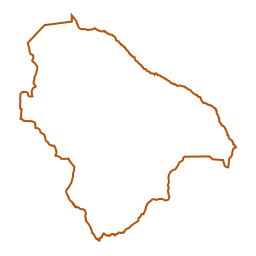 Dormaa East, Brong Ahafo, Ghana
{"feature_id": "2480657B16380673722667", "entity_name": "Dormaa East", "entity_type": "district", "adm_level": 2, "iso_a3": "GHA", "parent_name": "Ghana", "parent_adm1": "Brong Ahafo", "projection": "equal_earth", "projection_center": [-2.665, 7.264], "detail": "fine", "context": "isolated", "style": "outline", "palette": "amber", "viewbox_px": 256, "rotation_deg": 0, "n_neighbors": 0, "source": "geoboundaries", "source_scale": "gbopen_adm2", "svg_char_len": 5743}
<svg xmlns="http://www.w3.org/2000/svg" viewBox="0 0 256 256"><path d="M236.0,147.4L235.0,145.5L234.4,144.8L233.5,144.6L233.6,143.9L233.3,143.8L233.3,143.4L232.7,141.9L232.4,141.8L232.5,141.3L232.1,140.7L231.5,140.1L229.6,139.1L229.3,138.6L228.9,138.3L228.3,135.3L227.9,135.0L227.4,135.0L227.2,134.4L227.3,133.3L226.5,131.6L226.3,130.1L225.0,128.4L225.0,128.0L224.4,127.0L223.4,126.0L222.4,125.8L221.8,125.0L221.3,124.8L221.0,123.7L220.0,122.6L219.3,121.2L219.1,118.0L218.5,117.1L218.0,115.2L216.9,113.8L216.5,112.0L216.7,111.1L216.2,110.3L215.8,110.2L215.8,109.1L215.6,108.7L215.2,108.7L215.0,108.2L214.6,108.2L214.0,107.8L212.9,106.8L212.6,106.3L211.5,106.1L211.0,105.5L209.7,105.0L208.3,104.9L208.1,104.5L206.7,103.9L205.3,102.9L204.4,102.7L203.4,103.1L201.5,100.5L200.7,98.3L200.7,97.4L200.5,97.2L198.3,96.8L198.0,96.2L197.7,96.2L197.3,95.2L196.5,95.1L196.3,94.6L195.6,94.7L194.2,94.0L193.0,92.7L192.6,92.7L190.5,90.2L187.4,88.9L186.5,87.8L185.5,87.6L185.1,86.8L180.5,85.7L179.2,85.5L177.6,86.0L176.5,85.3L176.2,84.9L175.8,84.9L175.0,84.2L174.6,84.0L173.8,84.3L173.2,84.0L172.9,83.4L171.2,83.2L169.4,81.2L167.0,80.1L166.3,79.1L165.4,79.0L164.9,78.4L164.4,78.4L164.0,77.9L163.5,77.9L163.2,77.5L161.4,76.5L161.1,76.6L160.4,75.6L159.7,75.6L159.1,75.1L157.7,75.2L157.2,74.1L155.6,73.3L154.5,74.7L154.2,74.1L152.6,73.4L150.6,73.3L150.2,73.0L149.9,72.2L149.3,72.0L149.2,71.7L146.9,70.9L145.6,68.9L144.5,69.1L143.2,68.2L143.1,67.5L142.8,67.4L142.6,67.1L142.3,67.0L142.1,66.2L141.2,65.8L140.7,64.6L140.2,64.6L138.4,63.1L137.8,61.8L135.7,60.7L134.7,58.4L134.8,57.9L134.4,57.1L133.7,57.1L133.0,56.5L132.4,56.7L132.2,56.1L131.6,55.7L131.2,55.0L130.5,54.9L129.6,53.4L129.0,53.3L128.7,52.2L127.8,50.9L127.4,50.8L126.4,49.6L125.9,48.8L125.5,48.7L125.0,47.8L124.8,47.0L124.0,46.9L123.8,46.5L123.3,46.4L123.0,45.6L121.9,44.9L121.2,44.9L121.1,44.2L120.4,43.9L120.0,43.2L119.3,42.7L118.7,41.5L116.4,40.6L116.1,40.0L115.8,38.5L114.2,36.2L112.7,35.6L112.1,34.9L109.8,34.5L108.9,33.8L107.4,33.7L106.9,33.2L106.4,32.2L104.7,31.7L104.4,31.0L104.2,30.8L103.0,31.4L101.7,31.5L100.6,31.2L100.0,30.8L98.6,30.7L94.5,28.1L93.9,28.7L92.4,29.4L87.5,30.0L84.9,29.0L84.0,29.2L82.5,29.1L80.8,29.0L79.7,28.5L78.8,27.5L76.8,23.2L76.6,21.7L76.4,21.2L71.8,15.4L71.9,21.6L44.6,25.1L27.7,43.0L28.4,45.2L29.5,49.6L29.6,51.9L30.3,53.4L30.6,54.3L31.6,54.4L32.2,54.7L32.6,54.9L33.2,56.0L33.4,57.8L32.9,59.3L32.1,60.6L32.7,61.5L33.7,62.1L35.4,63.9L36.9,66.2L37.2,67.0L37.3,68.8L36.5,71.7L36.2,73.6L34.4,77.1L34.3,77.9L34.5,79.2L33.6,81.6L33.6,82.3L33.8,83.8L34.9,84.9L35.8,86.6L33.4,87.8L32.2,89.5L31.7,91.6L31.9,94.1L32.4,96.3L29.9,96.5L29.0,96.2L28.2,95.4L27.9,93.5L27.4,92.5L25.7,91.9L22.1,92.1L21.9,92.2L21.7,92.8L21.2,93.2L20.4,94.3L20.3,94.8L20.4,96.3L20.2,98.0L20.3,98.3L20.1,98.9L20.4,100.2L20.4,101.8L20.1,102.4L20.2,105.6L20.0,107.1L20.5,108.9L21.3,108.9L21.7,109.7L21.3,111.1L21.2,113.7L21.0,115.1L21.2,116.0L20.7,117.4L20.5,118.8L22.0,119.2L23.4,120.6L27.8,121.2L31.4,121.1L32.8,121.6L35.0,122.8L35.5,127.9L37.5,128.2L38.8,128.8L40.1,130.4L40.3,131.7L41.0,132.7L42.0,133.2L42.5,133.8L43.9,134.1L45.4,138.2L45.4,139.2L45.7,140.3L46.3,141.3L47.0,141.5L47.8,142.1L48.3,143.2L49.3,144.6L51.2,145.2L51.9,145.9L54.1,145.6L55.1,147.5L56.1,150.4L56.5,152.4L56.4,153.1L55.4,155.5L55.6,155.8L56.2,155.7L58.9,156.6L60.6,157.8L61.3,158.9L67.6,158.8L68.3,158.5L68.7,158.9L69.0,159.9L69.9,161.0L70.5,162.4L72.1,163.8L72.7,165.1L74.3,166.5L73.9,171.3L73.0,173.8L72.9,174.6L73.1,175.6L72.9,176.9L71.5,182.3L69.1,186.8L67.9,188.5L67.1,188.9L66.6,189.6L66.3,190.8L66.4,192.8L67.6,195.5L68.6,197.0L68.7,198.3L69.6,199.8L70.9,201.3L71.9,201.8L72.6,202.8L72.5,203.6L72.9,204.1L73.6,203.9L74.0,204.4L74.1,205.2L75.1,205.7L74.9,206.7L75.1,207.1L76.1,207.3L77.1,206.9L77.3,207.4L78.7,207.4L80.1,208.9L82.2,209.3L83.0,209.2L84.9,210.4L85.6,211.9L85.7,212.5L85.5,213.1L85.9,213.9L85.7,214.7L85.3,215.5L85.3,215.8L85.2,217.2L86.0,218.6L86.0,219.7L85.7,220.6L86.8,221.9L87.1,222.0L87.7,223.1L88.1,223.3L90.6,227.5L90.7,228.2L91.0,228.6L91.1,229.1L91.9,231.2L91.8,231.9L92.2,233.0L92.5,233.0L92.6,233.5L93.2,233.6L94.0,234.5L94.7,236.3L95.0,236.5L96.2,238.8L96.7,239.0L97.5,238.7L98.1,239.8L98.6,239.9L99.0,240.6L99.6,240.6L99.5,239.6L99.9,238.3L100.5,238.0L100.7,237.6L101.5,237.6L101.6,236.8L101.9,236.7L102.4,235.4L102.9,234.9L102.8,234.3L103.1,234.0L103.6,233.8L103.8,233.9L104.0,233.5L105.6,235.0L107.0,235.4L107.3,235.2L108.3,235.9L109.0,236.1L110.0,235.2L110.7,235.1L111.1,234.3L111.7,234.0L113.3,234.0L113.7,234.3L114.4,235.4L114.9,235.5L115.4,234.3L117.3,234.1L117.6,233.5L119.0,232.4L120.6,233.0L121.6,233.0L122.2,232.4L122.8,232.3L123.0,232.7L123.8,232.7L124.4,231.4L125.5,229.6L128.1,228.2L129.1,228.1L130.8,226.0L132.0,225.0L132.9,224.6L134.0,223.6L135.5,222.6L136.5,222.3L137.0,221.9L137.4,221.2L138.3,220.6L138.5,220.3L138.5,218.2L138.7,217.8L139.3,217.7L139.7,217.2L140.3,216.8L141.3,214.6L141.8,214.3L142.0,213.9L143.3,214.2L143.7,213.9L144.1,212.3L145.1,211.0L145.3,209.5L146.0,208.3L146.0,206.8L147.0,204.7L147.1,204.3L148.0,203.3L148.4,202.7L151.1,200.6L151.9,199.5L152.5,199.3L154.8,199.3L155.8,199.8L156.4,199.9L157.9,199.3L159.8,198.9L160.9,199.1L162.0,198.8L164.7,200.2L166.1,200.4L167.6,200.1L168.4,199.3L169.2,198.1L169.3,196.6L168.4,194.2L168.5,192.9L167.9,191.5L168.7,187.5L168.5,186.6L167.9,185.8L168.3,184.0L169.0,182.2L168.8,181.3L168.8,180.3L168.4,177.8L168.8,175.2L169.9,172.8L171.3,171.0L173.4,169.9L174.9,169.5L175.7,168.8L178.0,165.5L178.6,163.9L179.5,162.2L182.7,160.5L183.3,157.7L184.5,156.7L209.3,156.4L212.7,159.3L223.1,160.1L224.7,166.0L227.0,167.3L228.3,167.3L229.2,159.0L229.5,158.2L231.1,156.7L231.8,155.4L232.5,151.5L232.8,150.7L232.9,150.1L233.4,148.6L233.9,148.6L234.3,147.8L234.9,147.4L236.0,147.4Z" fill="none" stroke="#b45309" stroke-width="2"/></svg>